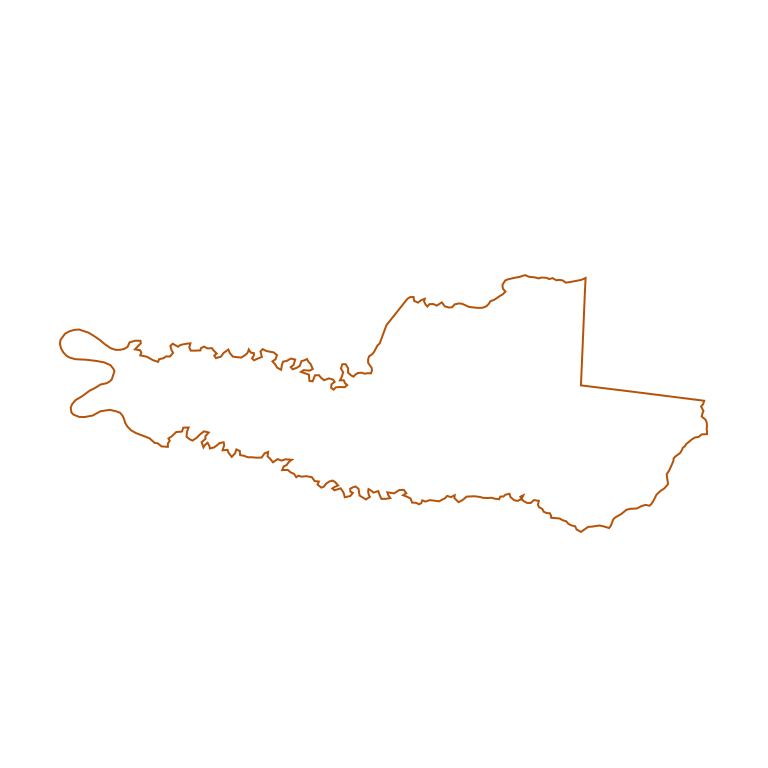 the district of Céu Azul, Paraná, Brazil, rotated 96°
{"feature_id": "56859067B11334250771676", "entity_name": "Céu Azul", "entity_type": "district", "adm_level": 2, "iso_a3": "BRA", "parent_name": "Brazil", "parent_adm1": "Paraná", "projection": "equal_earth", "projection_center": [-53.75, -25.288], "detail": "fine", "context": "isolated", "style": "outline", "palette": "amber", "viewbox_px": 768, "rotation_deg": 96, "n_neighbors": 0, "source": "geoboundaries", "source_scale": "gbopen_adm2", "svg_char_len": 5833}
<svg xmlns="http://www.w3.org/2000/svg" viewBox="0 0 768 768"><g transform="rotate(96 384 384)"><path d="M466.5,606.0L466.7,602.8L469.3,598.7L469.1,592.4L465.7,592.7L462.8,591.2L460.7,592.7L458.4,589.8L453.5,585.6L452.4,579.9L448.4,579.1L447.7,573.8L451.8,574.9L457.1,574.9L459.3,571.4L460.3,568.5L457.1,564.7L453.6,561.9L449.9,558.1L450.6,553.3L454.6,556.2L457.3,555.8L460.9,559.3L465.9,556.9L463.5,555.8L460.9,553.3L463.8,551.2L466.3,550.4L464.9,546.5L461.8,543.0L459.9,541.3L458.7,537.4L461.5,536.5L466.8,537.6L465.9,532.7L468.4,531.6L472.4,527.8L468.5,524.9L464.5,524.0L465.7,520.4L469.8,519.6L470.0,516.1L471.1,511.5L470.7,507.7L470.6,502.9L469.9,498.0L465.5,495.5L463.7,492.2L468.2,492.2L470.1,489.6L473.5,486.2L469.8,482.0L470.9,478.0L469.2,474.2L469.0,467.8L471.4,470.4L474.9,472.5L476.3,475.0L480.3,476.3L479.5,470.7L481.5,467.8L482.8,464.1L485.9,461.5L484.1,459.6L484.8,456.4L483.8,451.6L484.2,446.0L487.8,442.8L487.8,438.6L491.0,439.6L493.6,435.5L492.3,433.0L489.0,431.0L486.7,428.2L485.4,425.0L486.7,422.3L489.7,419.0L491.4,422.1L493.3,424.5L494.9,422.1L492.3,416.3L495.3,413.6L497.5,412.3L500.7,411.2L499.0,405.9L495.6,403.6L494.5,406.2L491.7,406.7L490.1,404.3L488.9,401.6L490.9,398.4L497.5,396.6L500.7,390.0L497.7,386.2L495.7,387.6L492.3,388.6L490.1,388.4L491.4,385.7L493.1,383.1L491.1,378.5L494.6,376.9L498.5,374.6L498.1,370.5L496.8,365.8L494.0,368.2L491.4,369.3L491.7,362.5L487.8,357.6L487.2,353.3L490.3,350.4L492.6,353.4L493.7,349.3L495.0,345.7L499.0,343.7L498.8,339.5L500.0,336.8L498.7,334.5L495.7,333.8L496.6,330.5L494.7,326.3L494.8,320.7L494.9,316.8L492.6,313.6L491.2,311.3L488.7,309.5L489.5,305.6L487.2,302.1L490.1,302.1L493.7,297.5L491.5,294.1L489.5,292.0L487.4,290.1L486.8,286.4L486.2,282.4L486.3,276.9L486.9,273.1L486.5,268.6L485.9,265.4L486.5,261.6L486.6,257.5L483.8,256.5L483.4,253.4L481.4,251.7L480.1,247.7L483.2,246.4L486.0,242.4L486.3,238.9L484.0,235.2L485.9,232.7L487.3,229.4L487.0,225.7L483.8,222.8L484.0,217.8L488.0,218.3L490.3,216.9L491.7,213.5L494.3,211.9L495.4,208.8L495.2,205.6L497.2,204.3L499.6,203.7L499.5,200.2L499.4,195.2L500.8,192.1L501.5,188.4L503.7,186.2L505.0,182.9L505.5,179.1L508.6,177.2L510.5,172.7L506.9,168.5L504.8,166.1L504.0,161.9L502.2,154.9L502.6,151.0L503.7,145.1L501.2,143.6L494.5,141.8L492.4,139.9L488.4,134.3L483.7,129.7L482.3,125.8L481.9,122.7L481.3,119.4L478.5,115.2L476.9,111.3L477.3,107.2L475.4,105.6L472.0,103.8L465.7,101.5L461.6,98.0L458.5,94.3L454.0,91.1L450.6,91.8L447.6,92.7L444.2,93.4L440.0,91.3L436.2,90.0L430.5,88.2L427.4,88.1L424.8,85.8L421.7,82.3L419.0,81.0L416.2,80.2L414.6,78.4L411.9,77.0L409.6,74.6L407.1,72.3L404.6,69.0L403.8,65.7L400.9,62.7L400.1,57.5L397.7,57.7L394.9,58.4L392.0,58.4L388.3,59.1L385.8,60.6L383.1,64.7L380.5,64.3L377.3,63.5L373.3,66.3L370.8,64.6L367.2,63.8L365.5,145.7L364.8,188.0L329.0,190.2L271.7,193.8L257.5,194.6L259.7,198.4L260.9,202.1L262.0,205.8L263.4,210.6L264.2,213.8L262.3,217.2L262.1,220.4L262.8,223.5L261.1,227.5L262.4,230.7L261.4,233.2L261.6,238.2L262.8,241.3L262.2,245.4L262.2,251.2L261.0,254.9L262.0,257.6L263.3,260.2L264.7,265.1L266.9,271.6L268.3,274.2L272.6,276.4L274.9,276.3L277.2,275.3L279.4,272.9L282.2,275.1L284.3,277.9L288.7,283.1L290.5,286.8L293.2,288.1L295.9,290.2L297.8,293.7L298.5,298.7L298.5,304.1L298.4,307.8L297.3,311.0L296.1,314.5L296.0,317.8L297.4,322.0L300.5,324.3L301.2,327.6L300.4,331.7L296.8,335.0L300.5,339.7L299.3,343.5L299.9,347.3L302.4,349.0L300.7,350.9L297.7,352.8L295.0,352.4L296.9,356.0L299.5,358.7L298.2,362.7L294.4,363.7L294.9,367.2L296.8,369.6L325.2,387.7L344.1,392.5L346.3,394.5L353.5,397.4L355.8,399.0L358.0,401.7L361.2,402.4L364.5,402.0L367.3,399.7L369.2,398.0L371.7,397.4L374.7,398.0L375.0,401.5L375.8,404.3L375.1,407.3L375.8,411.2L378.0,413.7L379.9,415.2L378.7,417.9L376.4,421.0L372.2,421.3L368.3,424.2L368.7,427.5L373.1,428.5L376.5,425.9L380.8,426.6L385.0,428.2L384.5,424.4L387.4,422.7L388.9,420.5L391.3,422.7L391.6,427.4L392.3,431.4L394.9,433.6L393.3,436.2L389.8,436.2L387.1,433.3L384.9,435.1L384.2,439.4L386.5,444.0L384.2,447.5L382.1,449.5L382.5,453.5L388.8,455.3L388.8,458.4L385.9,459.1L382.6,459.6L381.5,464.1L380.6,467.8L378.6,465.4L378.5,459.3L376.5,456.4L371.9,459.0L369.8,461.4L367.2,463.3L368.8,465.7L369.8,468.4L372.4,469.1L374.7,469.6L377.0,472.4L378.9,476.3L377.0,478.5L374.5,475.9L369.0,474.9L368.4,479.2L371.2,483.2L372.3,486.7L375.5,487.5L380.6,487.8L378.9,492.0L376.1,494.0L373.2,497.3L370.6,494.4L366.4,493.5L364.1,497.0L363.5,504.5L362.0,508.3L364.5,510.3L367.0,509.3L369.9,508.3L371.9,512.2L374.0,515.7L372.3,518.0L369.2,516.4L366.9,516.6L366.8,519.6L363.8,522.1L366.0,522.5L368.1,523.5L370.1,525.5L372.6,528.7L372.7,532.4L372.6,537.1L369.4,540.5L366.0,542.4L370.0,546.9L373.9,549.1L375.8,553.9L373.3,555.8L371.2,553.6L368.5,556.9L366.3,559.0L367.1,563.2L365.6,566.9L367.5,569.8L369.8,570.1L370.6,575.6L371.0,579.7L367.9,581.5L363.8,580.8L364.6,584.7L365.5,587.6L366.5,590.6L368.5,592.7L366.0,598.3L368.6,600.5L372.6,598.8L375.0,597.0L379.0,599.7L379.4,603.8L381.4,606.0L382.8,610.2L385.6,611.0L384.4,616.4L381.7,622.5L381.0,629.4L378.3,628.6L375.9,630.1L375.6,635.3L371.7,632.3L369.0,630.1L366.5,630.7L366.9,635.8L369.2,641.4L373.9,642.9L376.3,646.1L377.6,650.1L378.1,654.4L376.9,659.7L373.6,665.8L370.1,670.9L366.4,677.8L363.8,683.3L361.7,692.8L362.5,697.7L364.7,702.8L367.4,706.5L373.8,710.3L377.8,710.5L382.2,709.0L386.0,706.3L389.2,702.6L390.5,699.7L391.6,693.5L391.0,683.1L391.1,673.3L391.7,664.8L393.8,658.1L397.2,654.7L399.4,653.4L407.9,655.2L409.9,656.8L412.2,659.9L414.2,666.0L417.7,670.3L421.6,676.3L427.6,682.8L432.4,689.2L436.8,692.1L440.3,693.1L445.0,691.9L446.9,689.6L448.6,683.7L448.1,678.0L445.8,670.4L440.8,663.2L438.4,654.2L439.0,648.3L440.1,643.7L442.7,640.8L445.9,638.9L449.7,637.4L453.3,634.6L456.6,630.5L458.7,625.6L462.5,611.5L466.5,606.0ZM484.0,235.2L481.8,236.6L480.1,233.8L484.0,235.2Z" fill="none" stroke="#b45309" stroke-width="2"/></g></svg>